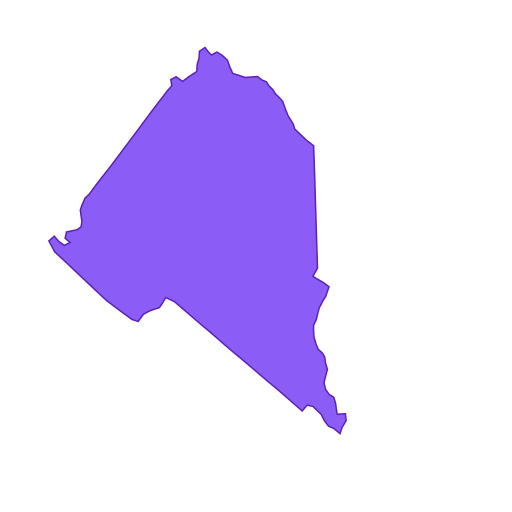 São Miguel do Oeste, Santa Catarina, Brazil, rotated 43°
{"feature_id": "56859067B36403486213311", "entity_name": "São Miguel do Oeste", "entity_type": "district", "adm_level": 2, "iso_a3": "BRA", "parent_name": "Brazil", "parent_adm1": "Santa Catarina", "projection": "orthographic", "projection_center": [-53.501, -26.724], "detail": "fine", "context": "isolated", "style": "filled", "palette": "violet", "viewbox_px": 512, "rotation_deg": 43, "n_neighbors": 0, "source": "geoboundaries", "source_scale": "gbopen_adm2", "svg_char_len": 1607}
<svg xmlns="http://www.w3.org/2000/svg" viewBox="0 0 512 512"><g transform="rotate(43 256 256)"><path d="M94.2,386.2L105.9,390.2L110.6,390.2L122.3,390.2L145.4,390.4L161.7,390.5L177.6,390.5L208.4,387.1L214.5,384.2L213.4,375.4L215.3,369.7L217.5,365.1L220.6,359.6L219.7,354.1L218.4,347.9L227.4,345.0L266.5,343.4L271.0,343.1L278.5,342.8L293.9,342.3L303.2,341.9L315.5,341.2L332.8,340.4L351.3,339.6L360.7,339.0L395.5,337.8L395.1,330.3L400.1,327.2L406.1,327.3L411.6,327.3L418.1,329.8L425.1,331.0L430.4,329.1L438.6,328.6L435.9,322.8L434.2,314.9L429.0,310.4L423.2,316.4L414.7,309.5L409.3,306.3L403.5,307.3L397.7,306.0L392.2,302.3L388.8,296.3L385.5,290.1L379.7,286.8L375.4,283.2L371.0,281.7L365.3,281.8L359.8,279.4L353.5,275.6L348.9,271.2L345.4,267.4L343.4,261.2L340.5,256.2L337.6,250.7L335.6,243.5L334.5,237.8L332.4,233.3L330.4,228.7L323.9,229.4L311.5,232.1L309.3,223.0L261.0,174.3L252.8,166.0L242.7,155.8L233.1,146.2L223.0,136.1L214.0,136.9L197.7,136.7L193.4,134.2L188.6,132.8L184.0,131.6L177.3,128.5L170.3,124.8L164.6,124.2L159.7,124.2L155.2,122.9L149.2,122.7L144.8,121.5L140.3,123.2L134.7,123.7L126.3,132.8L114.5,138.3L107.9,135.6L101.6,132.3L94.3,132.3L88.3,133.5L86.4,139.4L81.5,139.2L76.5,138.3L75.0,144.8L79.6,150.4L82.1,155.7L86.9,161.5L84.6,170.6L83.2,178.4L75.3,179.4L73.4,185.1L78.3,188.9L78.5,195.7L80.9,220.3L83.6,244.3L88.6,290.6L89.6,303.3L90.5,313.0L91.9,324.5L91.5,330.2L93.9,337.2L96.1,342.1L100.4,345.7L105.3,349.6L108.2,354.1L107.1,359.0L104.2,363.1L101.0,367.6L104.3,373.2L110.8,373.0L108.6,378.9L101.7,379.9L95.0,379.1L94.2,386.2Z" fill="#8b5cf6" stroke="#5b21b6" stroke-width="1.5"/></g></svg>